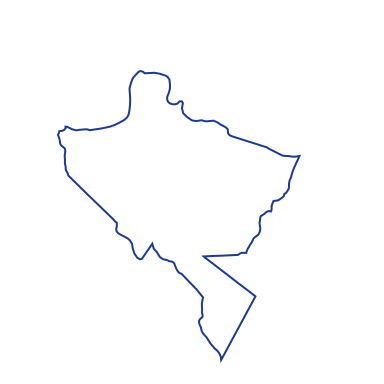 Glória, Bahia, Brazil, rotated 314°
{"feature_id": "56859067B59812868338387", "entity_name": "Glória", "entity_type": "district", "adm_level": 2, "iso_a3": "BRA", "parent_name": "Brazil", "parent_adm1": "Bahia", "projection": "mercator", "projection_center": [-38.437, -9.244], "detail": "fine", "context": "isolated", "style": "outline", "palette": "blue", "viewbox_px": 384, "rotation_deg": 314, "n_neighbors": 0, "source": "geoboundaries", "source_scale": "gbopen_adm2", "svg_char_len": 3302}
<svg xmlns="http://www.w3.org/2000/svg" viewBox="0 0 384 384"><g transform="rotate(314 192 192)"><path d="M246.4,146.1L244.9,144.3L243.7,142.6L243.3,141.2L243.0,139.0L242.5,136.7L242.6,130.7L244.1,128.6L245.1,126.7L249.6,123.7L250.2,121.7L248.4,120.1L245.5,120.1L243.4,119.0L241.5,116.9L240.3,114.2L240.3,112.3L240.9,110.5L242.6,108.5L244.9,107.3L246.7,106.7L250.8,104.5L253.9,101.6L257.3,97.5L257.8,94.2L257.4,92.3L256.8,90.9L254.2,85.9L251.5,82.0L244.5,75.5L244.4,72.9L243.0,70.7L241.4,70.1L237.8,70.1L233.5,70.3L231.6,70.8L229.7,71.6L225.9,73.5L222.9,75.3L216.4,82.5L211.8,86.8L206.7,90.7L203.4,92.7L201.1,93.4L198.2,93.4L196.0,93.0L194.2,92.4L190.9,91.5L185.6,89.4L181.8,87.5L180.8,86.6L178.5,85.3L175.5,83.2L172.8,81.2L165.3,75.4L164.7,73.8L163.3,72.0L158.4,67.7L156.0,66.0L154.0,62.5L152.1,56.9L151.1,55.6L150.0,56.8L148.5,56.9L147.0,56.7L145.3,55.7L143.6,54.3L142.0,55.2L140.0,55.9L139.1,57.8L138.3,59.5L136.7,61.7L135.6,63.1L134.9,64.3L134.6,66.0L134.8,67.9L135.0,70.1L133.8,72.0L132.1,73.5L130.1,74.8L128.6,76.3L127.2,78.0L125.8,79.3L124.5,80.5L123.6,81.7L122.5,83.5L120.8,85.1L119.9,86.9L119.4,88.8L118.8,90.0L117.9,91.8L117.7,116.5L117.7,118.1L117.7,154.8L117.4,156.7L117.6,159.4L115.2,161.7L112.8,163.1L111.3,165.1L111.1,167.4L111.6,170.0L112.6,173.1L113.9,177.9L114.1,180.8L113.0,185.0L110.3,188.5L108.4,192.0L107.6,193.7L107.1,196.4L106.7,198.1L107.4,201.2L109.0,202.4L127.2,199.4L126.4,200.8L124.6,204.0L124.4,207.1L124.3,208.6L123.5,211.6L122.9,214.4L123.5,217.9L124.8,219.8L125.9,221.7L126.2,223.2L127.1,224.7L128.3,226.6L128.3,228.9L127.6,230.3L126.7,232.2L125.8,234.3L125.2,236.6L124.9,238.1L125.2,239.8L125.9,241.1L125.1,262.4L123.8,273.2L122.2,274.2L120.5,275.3L118.2,277.0L116.5,278.7L115.4,279.9L114.3,281.1L113.3,282.0L112.2,283.0L110.9,285.0L109.5,286.3L105.7,286.1L103.9,286.8L102.1,289.1L100.6,292.8L98.8,295.3L98.1,297.8L97.7,300.6L97.6,303.1L96.5,307.9L95.7,311.4L95.5,314.3L95.2,317.1L95.4,320.3L95.0,323.3L93.7,326.8L91.4,329.7L111.6,324.0L131.6,318.4L151.5,312.8L158.0,311.0L161.0,310.1L159.3,294.8L158.6,289.3L158.4,287.7L157.7,281.0L155.5,261.2L154.1,249.0L153.8,246.7L153.8,245.2L159.5,250.5L161.9,252.8L164.3,255.2L178.7,268.8L181.4,269.3L182.9,270.1L184.3,271.6L185.9,273.3L188.0,272.3L189.6,271.6L192.1,271.1L193.9,270.5L196.6,270.1L199.0,269.4L200.8,268.7L202.7,268.5L204.5,268.9L206.1,269.2L207.8,269.3L209.7,268.6L211.5,267.8L213.3,266.4L215.0,264.1L216.7,262.0L218.8,260.6L219.9,259.8L221.2,258.7L222.7,258.3L224.2,258.7L226.2,259.2L228.2,259.3L229.7,259.5L231.6,260.5L232.9,262.3L234.4,261.6L235.8,260.5L237.0,259.1L238.3,258.5L239.9,257.7L242.2,256.9L245.7,259.7L247.6,260.2L250.8,260.8L252.8,261.0L254.7,259.8L256.8,260.3L259.5,259.8L261.5,259.3L263.2,258.1L264.8,256.5L266.4,255.3L268.2,254.2L270.0,253.5L271.5,253.0L272.9,252.1L275.4,250.8L278.4,249.4L281.5,248.2L282.8,247.8L285.1,246.9L286.6,246.4L287.9,246.0L290.1,245.2L292.6,244.3L288.8,241.5L287.1,239.5L284.7,236.2L282.3,233.5L281.2,232.0L280.6,230.4L277.5,220.3L276.7,218.0L276.0,214.4L274.8,212.2L272.6,207.8L271.8,206.1L266.6,195.7L265.5,193.4L260.0,182.4L259.0,179.8L259.2,177.5L260.0,176.4L262.0,174.0L262.0,171.7L261.1,168.0L260.3,165.8L260.0,163.9L259.8,162.3L259.4,160.9L258.2,157.9L253.2,153.6L251.9,152.1L250.2,149.0L246.4,146.1Z" fill="none" stroke="#1e3a8a" stroke-width="2"/></g></svg>